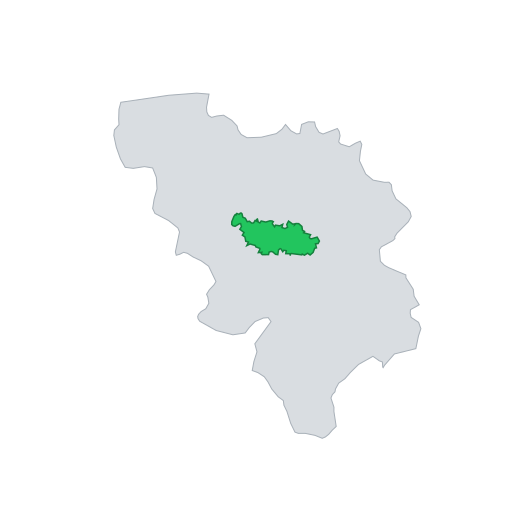 Walloon Brabant highlighted on a map of Belgium, rotated 22°
{"feature_id": "BEL-3482", "entity_name": "Walloon Brabant", "entity_type": "Province", "adm_level": 1, "iso_a3": "BEL", "parent_name": "Belgium", "parent_adm1": "", "projection": "orthographic", "projection_center": [4.525, 50.668], "detail": "fine", "context": "in_parent", "style": "filled", "palette": "green", "viewbox_px": 512, "rotation_deg": 22, "n_neighbors": 0, "source": "natural_earth", "source_scale": "10m", "svg_char_len": 3428}
<svg xmlns="http://www.w3.org/2000/svg" viewBox="0 0 512 512"><g transform="rotate(22 256 256)"><path d="M234.1,123.0L241.4,126.8L247.9,127.6L250.8,126.0L249.0,116.9L254.2,112.0L260.1,109.8L262.8,113.7L268.1,117.7L272.4,117.8L283.7,107.3L286.4,109.3L288.9,113.0L289.4,116.0L289.9,119.2L292.5,120.5L301.5,119.8L306.0,114.1L309.6,110.5L312.3,112.9L313.6,119.8L316.2,128.9L327.0,138.9L336.1,141.8L347.3,139.6L351.7,137.8L354.8,139.2L357.8,144.6L364.3,150.6L377.9,154.8L382.2,157.2L385.1,161.2L384.4,167.2L378.2,182.0L377.4,186.3L378.3,187.8L377.1,190.5L368.8,200.5L368.0,204.0L370.9,209.6L373.3,214.3L378.5,216.5L383.3,217.1L392.3,217.3L402.0,217.4L403.2,220.1L414.2,227.9L417.7,234.1L425.6,240.1L419.3,247.9L420.4,251.3L422.8,254.8L431.6,256.6L436.1,261.6L436.6,269.4L438.9,282.0L421.0,295.0L416.1,309.1L415.7,311.9L415.1,311.5L412.9,306.9L409.6,307.0L402.0,305.2L391.7,318.1L387.1,328.7L384.4,336.5L380.3,342.9L379.5,349.5L380.1,352.3L378.7,355.9L378.7,359.6L384.9,367.0L386.5,371.0L394.2,384.0L392.0,388.8L390.2,394.1L388.1,397.8L385.7,400.2L377.9,400.2L368.1,402.0L361.6,404.6L358.1,404.7L350.9,398.2L342.9,388.5L337.8,383.9L335.5,379.8L329.3,378.2L320.4,373.4L314.2,368.2L309.0,364.9L301.5,363.4L295.4,363.6L293.6,354.7L292.8,344.5L287.8,337.8L294.5,311.2L290.4,308.6L286.0,310.8L279.7,317.1L276.6,324.7L274.8,331.4L264.1,337.7L247.0,340.0L228.3,337.6L225.8,335.9L224.6,334.0L224.6,331.6L225.9,328.1L229.2,323.7L230.0,317.5L226.7,312.1L224.5,310.0L225.4,304.8L227.9,298.3L228.4,294.6L215.9,283.2L206.9,281.0L198.1,280.5L191.4,279.2L187.5,279.7L184.7,282.9L181.8,285.2L179.7,282.4L176.1,262.4L173.1,259.3L161.8,255.9L146.4,254.4L142.4,250.7L140.3,241.7L139.1,230.9L134.2,220.5L131.7,217.8L127.2,213.1L119.1,214.9L109.4,220.7L103.7,222.2L101.5,222.8L94.0,216.8L85.7,207.4L79.0,197.5L77.5,192.1L79.8,185.6L77.4,180.5L74.0,171.3L73.1,164.1L114.8,139.7L140.0,127.2L151.8,123.5L154.4,136.6L156.4,140.8L159.2,143.5L162.9,144.1L167.2,140.9L173.2,137.6L182.7,139.3L189.7,142.5L192.1,145.8L196.7,148.9L203.4,149.7L216.4,143.9L229.0,134.9L232.6,128.7L234.1,123.0Z" fill="#d9dde1" stroke="#a8b0b8" stroke-width="1"/><path d="M221.6,225.2L222.3,223.7L224.7,223.7L225.4,222.1L226.3,221.7L227.2,222.1L229.3,225.0L231.9,225.0L235.0,227.5L236.8,226.2L239.5,227.1L240.9,226.6L241.5,225.8L241.8,223.5L243.9,223.5L242.8,222.0L243.5,221.2L245.4,223.7L247.2,223.9L247.7,221.6L252.3,220.9L255.7,218.2L257.8,217.5L259.2,217.7L258.8,219.4L259.3,220.2L262.3,222.0L262.5,220.1L266.7,219.1L268.9,216.6L269.4,219.9L272.6,219.7L274.5,217.6L272.7,215.2L273.1,211.4L278.1,212.7L279.8,211.7L280.1,212.8L280.9,210.9L283.5,210.0L287.5,211.4L289.5,214.8L291.8,215.0L291.4,216.6L298.6,215.8L298.3,218.5L299.5,219.5L300.9,219.3L305.6,215.6L309.2,218.4L308.9,221.2L306.6,222.4L309.0,225.8L307.5,226.9L307.6,231.3L305.8,234.8L302.8,234.1L300.6,237.1L298.1,236.9L298.0,237.8L287.7,240.5L287.3,241.0L287.6,242.8L286.6,241.2L282.7,242.7L282.1,239.7L279.6,240.3L279.2,242.0L276.5,240.1L275.6,240.1L274.6,241.9L275.7,246.6L273.5,247.1L270.0,245.9L268.4,246.1L266.7,247.4L267.1,250.0L261.3,252.4L259.9,251.8L260.0,250.4L256.9,252.0L257.1,248.3L256.7,247.5L252.4,247.6L251.4,246.5L246.0,247.1L243.6,249.8L243.8,245.9L241.0,246.2L238.6,242.5L235.5,241.8L236.1,238.7L231.0,237.3L231.5,234.2L229.6,231.7L228.6,232.2L225.5,236.3L223.3,236.6L221.7,235.9L220.7,233.2L220.7,227.7L221.1,225.7L222.8,225.2L221.6,225.2Z" fill="#22c55e" stroke="#15803d" stroke-width="1.5"/></g></svg>